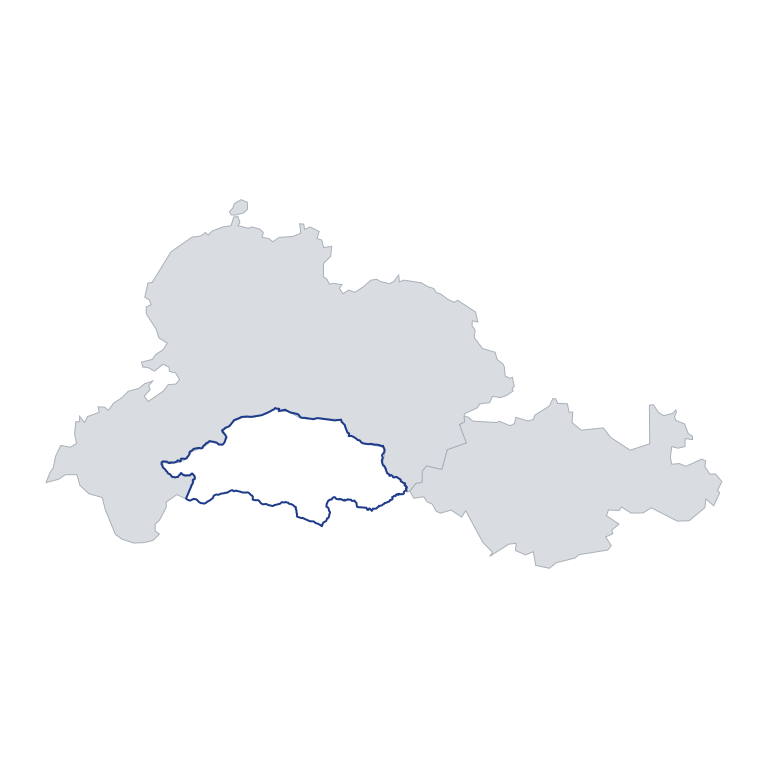 Mongolia and the surrounding countries, rotated 180°
{"feature_id": "MNG", "entity_name": "Mongolia", "entity_type": "country or territory", "adm_level": 0, "iso_a3": "MNG", "parent_name": "Asia", "parent_adm1": "", "projection": "mercator", "projection_center": [102.872, 46.856], "detail": "fine", "context": "with_neighbors", "style": "outline", "palette": "blue", "viewbox_px": 768, "rotation_deg": 180, "n_neighbors": 2, "source": "natural_earth", "source_scale": "50m", "svg_char_len": 10089}
<svg xmlns="http://www.w3.org/2000/svg" viewBox="0 0 768 768"><g transform="rotate(180 384 384)"><path d="M358.2,276.9L352.3,284.6L346.0,285.7L345.6,297.1L341.4,302.2L326.3,298.5L320.8,318.3L301.7,325.1L308.6,343.5L303.4,346.2L304.0,352.1L299.3,350.6L295.4,346.9L271.5,345.5L268.7,346.7L257.8,342.3L253.5,344.4L252.3,350.6L239.8,347.0L234.7,348.5L233.0,353.0L218.6,362.0L215.2,369.3L212.4,369.3L210.3,364.6L200.6,364.2L199.0,355.9L195.3,355.8L195.9,345.4L186.8,337.8L164.7,340.1L157.4,330.6L137.9,317.8L118.3,324.2L118.6,362.8L114.7,363.3L109.3,355.3L104.2,352.4L95.5,354.6L92.1,358.0L91.7,355.5L93.6,351.2L92.1,347.6L83.3,344.0L79.8,334.5L75.6,331.9L75.4,328.4L82.8,329.4L83.1,321.5L89.6,319.8L96.3,321.4L97.6,310.7L96.3,303.8L88.6,304.4L82.1,301.7L66.2,308.9L62.3,307.1L63.1,301.4L58.2,293.8L52.6,294.1L46.1,286.4L50.5,277.6L48.3,275.2L54.3,262.2L62.2,269.1L63.1,260.4L78.9,247.2L90.8,246.9L116.7,260.2L124.8,255.1L136.9,254.9L146.6,261.1L148.8,257.5L159.6,258.1L161.5,252.3L149.1,243.9L156.4,237.8L155.0,234.4L162.3,231.1L156.8,222.3L160.3,217.9L188.9,213.4L192.6,210.1L211.7,205.3L218.6,199.7L232.3,202.6L234.7,216.3L242.6,213.1L252.5,217.5L251.8,224.6L259.1,223.9L278.3,211.6L275.5,215.7L285.2,225.7L302.3,257.3L306.3,250.9L316.8,257.9L327.8,254.8L332.0,257.0L335.7,263.9L341.0,266.2L344.3,271.3L354.1,269.7L358.2,276.9Z" fill="#d9dde1" stroke="#a8b0b8" stroke-width="1"/><path d="M526.9,568.3L520.7,565.8L520.4,558.9L524.2,555.2L532.5,552.9L536.9,553.1L538.6,556.2L535.3,559.8L533.5,564.4L526.9,568.3ZM304.0,352.1L303.4,346.2L308.6,343.5L301.7,325.1L320.8,318.3L326.3,298.5L341.4,302.2L345.6,297.1L346.0,285.7L352.3,284.6L358.2,276.9L361.1,275.9L363.1,284.0L369.6,290.1L380.4,294.4L385.7,303.4L382.8,316.4L385.5,321.1L404.9,324.4L414.1,331.1L418.8,332.3L422.3,342.1L426.8,348.3L450.9,350.3L461.1,348.9L468.6,350.4L479.9,356.7L489.1,356.7L492.5,359.9L501.4,354.4L513.7,350.8L525.2,350.4L534.1,346.7L544.9,337.6L541.2,330.0L545.2,323.1L557.4,326.2L565.0,320.5L576.6,316.3L582.2,309.0L587.6,305.9L598.7,304.4L604.7,305.6L605.5,301.7L598.6,293.8L592.5,290.1L586.6,294.3L579.1,292.6L574.8,294.0L572.8,289.4L581.9,269.0L591.1,273.4L601.8,265.9L601.7,260.7L608.6,247.8L612.9,243.8L612.8,236.9L608.6,234.0L614.9,227.6L624.4,225.3L634.5,225.0L645.9,228.8L652.6,233.5L662.9,258.8L665.7,270.5L679.0,274.2L688.0,282.5L691.1,293.3L702.7,293.3L709.3,288.8L721.9,285.4L717.9,295.7L714.9,299.8L712.3,312.0L707.2,322.6L697.9,320.7L691.4,324.5L693.4,333.7L692.3,346.1L688.4,346.4L688.4,351.7L683.5,345.5L680.5,351.4L668.7,355.8L669.9,361.2L663.3,360.8L659.7,357.6L654.4,364.9L646.0,370.3L639.8,376.7L629.1,379.6L623.5,384.2L615.3,386.9L619.4,382.3L617.8,378.5L623.8,371.8L619.8,366.5L604.5,377.0L599.8,383.4L592.3,383.9L588.4,388.4L592.4,395.0L598.7,396.6L598.9,400.9L605.0,403.7L613.5,396.9L620.3,400.6L625.2,400.9L626.5,405.9L615.7,408.6L612.1,413.7L604.7,418.4L600.8,424.9L609.0,430.0L612.0,439.1L621.8,454.3L621.7,461.0L616.9,463.4L618.7,468.1L623.2,470.8L620.1,484.9L615.8,485.6L597.0,516.2L575.9,530.9L567.3,531.9L562.6,535.5L560.0,532.9L555.7,537.0L545.0,541.1L536.9,542.3L534.3,551.0L530.1,551.4L528.1,545.5L529.9,542.3L519.7,539.7L516.1,541.1L508.4,538.9L504.7,535.6L505.9,530.8L499.0,529.3L495.3,526.2L488.8,530.6L475.3,531.5L467.2,534.8L468.4,544.2L464.3,543.9L463.4,538.6L457.8,541.0L448.8,536.4L451.0,529.5L446.2,527.9L444.4,520.3L436.3,521.7L437.3,511.7L444.5,504.6L444.6,491.1L441.2,489.0L438.7,483.9L434.2,484.6L426.0,483.3L428.6,479.6L425.0,474.2L419.6,477.9L413.1,475.7L404.4,481.3L397.4,487.7L391.3,488.8L387.9,486.5L378.4,484.3L374.3,486.5L369.3,492.9L368.6,486.1L364.0,487.9L346.4,485.1L340.2,481.3L334.3,479.5L331.7,475.3L327.5,474.1L319.8,468.4L313.6,465.6L310.5,467.8L292.4,455.9L290.2,446.0L295.7,447.2L296.0,442.6L292.9,437.9L293.7,430.4L285.5,419.5L272.9,415.7L270.7,408.4L265.0,404.0L263.7,401.2L262.8,391.9L258.2,389.7L255.7,390.7L253.7,381.6L255.9,379.4L254.8,377.0L262.1,372.3L267.4,370.4L275.5,371.7L278.4,365.3L288.2,364.1L290.9,360.0L302.9,354.5L304.0,352.1Z" fill="#d9dde1" stroke="#a8b0b8" stroke-width="1"/><path d="M361.6,277.5L362.5,277.5L363.9,276.4L364.1,275.9L364.1,274.9L364.5,274.1L366.0,273.7L366.5,273.9L367.9,273.7L368.7,274.2L369.4,274.1L369.6,273.8L369.6,273.2L369.9,273.1L370.4,273.7L370.7,273.9L371.5,273.5L372.0,273.2L372.2,272.4L372.5,272.0L373.0,272.2L373.7,272.2L374.3,271.6L375.7,271.0L375.8,270.6L375.5,269.7L375.6,268.8L376.4,268.2L377.4,268.2L378.1,267.8L378.3,266.8L378.7,266.5L380.0,266.2L382.2,265.1L383.3,265.0L384.1,264.0L384.7,263.8L386.1,262.7L388.5,262.0L389.1,262.1L389.3,261.4L389.9,260.9L390.5,260.8L391.3,259.7L392.1,259.3L395.0,259.3L395.6,258.4L395.8,257.5L396.3,257.3L396.8,258.0L398.0,259.0L398.3,259.4L398.8,259.5L399.2,259.1L399.5,258.3L400.1,258.2L400.8,258.3L401.3,259.8L402.0,260.4L403.3,260.3L406.0,260.6L409.4,260.8L410.7,261.0L411.0,261.5L411.5,264.0L411.5,265.0L411.9,265.5L412.3,265.7L413.1,266.6L413.5,267.4L414.3,267.1L415.9,267.1L416.6,267.5L416.8,268.1L417.3,268.4L419.4,268.3L419.8,268.6L420.4,268.7L420.8,268.3L421.9,268.0L422.5,267.5L423.0,267.5L423.6,268.1L424.0,267.9L424.2,267.6L424.6,267.6L425.8,268.2L426.5,268.8L427.0,268.9L428.0,268.6L428.2,268.9L428.7,269.1L429.5,268.7L431.6,269.0L432.5,269.9L432.8,270.5L433.3,270.8L434.5,270.7L435.9,269.5L436.2,268.7L437.2,268.3L438.2,268.3L438.9,267.7L439.4,267.5L440.1,266.7L441.3,264.0L441.6,261.8L441.5,261.3L441.0,261.0L440.5,260.8L439.6,259.9L439.1,258.4L439.0,257.4L438.0,255.8L438.1,255.0L438.7,253.6L438.8,252.2L439.0,251.4L439.3,251.0L439.6,250.2L440.1,249.7L440.8,249.7L441.0,249.5L441.2,248.6L441.7,247.4L442.0,246.9L444.2,245.8L445.2,244.6L445.5,243.9L445.8,242.5L446.2,241.9L446.7,242.1L447.2,242.9L447.7,242.9L450.1,244.3L452.5,245.0L454.0,246.4L454.9,246.6L458.2,246.8L464.0,249.4L465.2,250.1L465.8,249.9L466.6,249.9L470.7,251.3L471.1,251.8L471.1,252.5L471.0,253.0L471.0,254.3L471.4,255.0L471.6,256.8L471.5,257.7L471.7,258.2L472.0,258.4L472.3,259.0L472.1,260.0L472.1,260.6L472.4,261.1L473.5,261.4L474.1,262.1L475.1,263.0L476.4,263.7L478.7,264.2L479.3,264.5L479.8,265.3L480.7,265.4L482.3,266.0L483.6,265.5L485.7,265.8L486.5,265.6L487.8,264.4L488.7,264.0L489.7,263.9L490.4,263.6L492.6,263.1L493.5,263.0L494.8,262.1L495.7,262.0L498.1,262.7L499.5,262.8L501.0,263.7L502.1,264.0L504.8,263.7L505.8,263.9L507.6,265.3L508.3,266.6L509.8,267.8L512.9,267.8L515.0,268.3L515.3,268.5L515.2,269.4L515.2,271.3L515.4,271.7L515.7,271.8L515.9,272.4L517.3,273.2L518.8,274.8L519.7,275.4L520.4,275.6L521.3,275.5L525.1,275.5L526.8,275.9L527.3,276.2L532.5,277.4L533.4,276.9L534.2,276.8L535.7,277.8L536.3,277.7L537.3,277.4L541.1,275.2L541.8,275.4L544.2,274.7L546.8,274.4L549.1,273.4L550.0,273.2L551.5,273.5L552.4,273.3L554.3,272.2L555.1,270.0L558.2,267.6L560.6,266.4L562.0,265.2L563.7,264.4L564.4,264.6L567.1,264.9L569.1,266.0L569.8,266.9L571.2,268.2L572.4,268.9L574.6,269.0L577.7,267.5L578.4,267.5L579.4,267.9L580.9,268.6L581.5,269.1L581.9,269.7L577.0,281.2L576.9,281.9L576.4,283.0L575.4,284.3L575.1,285.7L575.2,286.9L575.1,288.1L573.1,289.4L573.3,291.5L573.8,292.3L574.5,293.2L575.9,294.5L576.7,294.2L577.3,293.3L578.5,292.5L580.6,292.7L581.7,292.4L582.5,292.4L583.6,292.6L584.9,293.1L585.9,293.9L586.5,294.7L587.0,294.9L587.8,293.8L588.6,293.1L590.2,291.0L591.8,290.9L592.3,290.7L593.1,290.6L593.8,290.9L595.8,291.1L596.3,291.5L597.8,293.7L599.8,294.5L600.2,294.8L600.6,295.9L600.9,296.3L601.8,296.9L602.1,297.6L603.6,299.3L605.0,300.5L605.4,301.2L605.4,301.9L605.6,302.4L606.5,303.8L606.4,304.5L606.5,305.2L606.2,305.9L605.0,306.6L604.3,306.6L603.2,306.4L602.1,306.5L600.9,306.2L599.8,305.6L599.3,305.2L598.4,304.9L598.0,305.0L597.5,305.6L596.9,305.5L596.4,305.6L594.3,305.4L592.5,305.9L591.3,306.4L590.6,307.4L590.0,307.6L589.5,307.5L588.5,306.8L587.7,306.8L587.4,307.0L587.1,308.5L587.1,309.0L586.9,309.3L586.4,309.4L584.2,309.3L583.3,309.0L582.7,309.1L582.0,309.7L581.4,309.8L581.0,310.1L580.7,311.0L579.5,312.2L578.3,314.5L578.6,315.5L578.2,316.1L577.6,316.7L577.0,316.8L576.2,317.4L574.3,319.2L570.3,319.9L568.5,320.1L567.1,319.6L566.4,319.7L565.7,320.0L565.4,320.2L565.2,321.2L564.7,322.0L562.7,323.6L562.1,324.5L561.7,324.8L560.5,325.3L558.8,326.7L558.3,326.9L556.1,326.4L554.2,326.2L551.6,325.4L550.8,325.1L550.0,324.1L549.3,323.5L547.1,323.5L546.4,323.3L545.4,323.5L544.3,324.5L543.3,326.0L542.7,327.7L542.3,329.4L541.7,330.4L541.6,331.0L541.8,331.4L542.3,332.0L542.5,332.8L543.2,333.7L545.0,335.6L545.7,336.8L545.8,337.5L545.7,337.9L545.3,338.3L544.4,338.4L542.7,340.2L542.4,340.2L538.6,341.8L534.5,347.0L534.0,347.8L528.6,350.0L526.7,351.0L525.9,351.2L524.3,351.2L520.9,351.5L517.0,351.1L506.3,352.8L499.4,355.8L495.2,358.1L494.3,358.4L493.2,359.7L492.6,359.9L491.7,359.4L488.9,359.2L488.9,357.0L482.9,358.3L478.1,355.7L471.1,354.1L469.7,353.5L469.0,352.7L467.7,350.9L467.3,350.6L466.0,350.2L463.0,350.1L454.5,348.8L450.6,349.9L433.3,347.6L427.0,348.3L426.8,348.0L426.7,347.0L426.4,346.1L425.4,345.2L424.7,344.4L423.4,343.2L423.0,342.5L422.9,341.4L421.0,336.4L420.5,335.4L420.1,335.0L419.2,334.8L418.9,334.5L418.9,333.8L419.3,332.1L419.1,331.9L416.8,332.1L414.3,331.1L412.6,329.8L411.6,329.3L410.4,328.0L408.5,327.7L407.8,327.1L407.0,326.0L406.2,325.2L405.1,324.8L403.4,324.4L399.6,323.8L398.0,324.1L396.8,324.1L394.9,323.8L393.8,323.4L390.4,323.3L389.3,322.8L388.3,322.9L387.6,322.6L387.0,322.1L386.3,321.8L385.6,321.8L385.3,322.1L385.0,322.1L384.8,321.3L384.1,320.2L384.0,319.6L383.4,318.5L383.7,316.2L384.4,314.9L384.8,314.5L385.9,312.9L385.9,312.1L385.5,311.3L385.3,310.3L385.3,309.7L385.7,309.0L386.2,307.4L386.2,307.0L386.0,306.7L385.8,305.0L384.9,302.7L383.8,302.2L382.1,299.0L381.9,298.5L381.9,297.6L381.5,296.5L381.0,295.5L380.8,294.8L380.7,294.6L379.8,294.3L379.1,293.8L378.8,293.1L378.7,292.6L378.5,292.3L378.0,292.2L377.6,292.7L377.0,292.9L376.6,292.9L375.5,291.9L375.0,290.9L374.3,290.6L373.2,290.6L372.2,291.1L371.0,290.9L370.0,289.9L369.4,289.7L367.4,288.4L367.4,287.3L367.0,286.5L366.2,286.3L365.4,285.5L362.9,284.5L362.8,284.2L363.4,283.2L363.5,282.8L363.3,282.5L361.8,281.8L361.6,281.3L361.1,280.8L361.2,280.3L362.0,279.8L362.1,279.4L361.8,279.0L361.6,278.5L361.7,278.0L361.6,277.5Z" fill="none" stroke="#1e3a8a" stroke-width="2"/></g></svg>